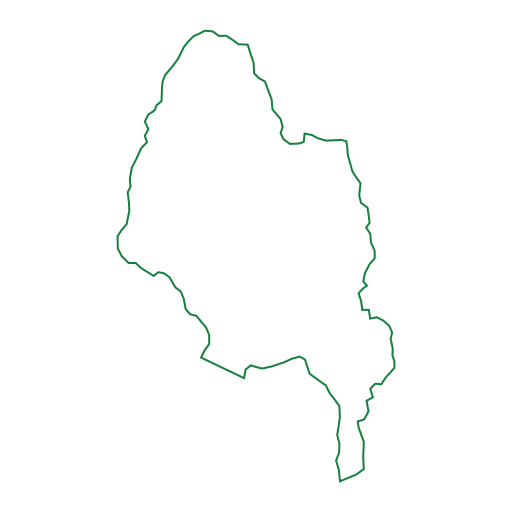 Ipeúna, São Paulo, Brazil (Natural Earth projection)
{"feature_id": "56859067B44866208226492", "entity_name": "Ipeúna", "entity_type": "district", "adm_level": 2, "iso_a3": "BRA", "parent_name": "Brazil", "parent_adm1": "São Paulo", "projection": "natural_earth1", "projection_center": [-47.707, -22.435], "detail": "fine", "context": "isolated", "style": "outline", "palette": "green", "viewbox_px": 512, "rotation_deg": 0, "n_neighbors": 0, "source": "geoboundaries", "source_scale": "gbopen_adm2", "svg_char_len": 2000}
<svg xmlns="http://www.w3.org/2000/svg" viewBox="0 0 512 512"><path d="M340.0,481.3L348.3,477.8L356.1,474.7L363.8,469.0L363.2,457.6L363.8,442.0L361.3,435.0L358.6,427.4L357.7,421.5L364.1,419.4L368.5,411.5L366.6,400.7L372.8,397.4L370.3,388.7L375.3,383.7L381.3,384.3L385.7,377.5L389.4,373.5L394.4,367.8L394.4,361.3L392.5,355.6L392.7,348.6L390.7,338.8L392.1,332.5L389.3,325.9L383.3,320.6L376.9,317.3L370.2,318.6L368.8,309.9L362.2,309.9L361.3,302.0L358.6,293.2L362.7,288.8L366.9,285.6L363.3,281.5L364.9,273.2L369.6,264.1L374.7,258.4L374.7,251.0L371.0,242.5L370.2,233.6L366.1,227.6L369.6,222.9L368.8,216.0L367.5,207.7L361.0,202.8L359.2,195.5L360.5,183.2L356.0,177.0L352.4,171.4L350.2,163.4L347.8,155.1L347.3,147.5L346.3,141.3L341.1,139.9L333.1,140.3L325.8,140.6L317.8,138.2L311.9,135.0L304.6,133.6L303.7,142.0L298.6,143.6L289.9,143.9L283.6,139.3L280.6,133.3L282.6,126.8L280.6,119.0L272.5,109.5L271.6,99.3L268.4,90.9L265.0,81.6L258.7,78.0L254.2,73.4L253.6,62.8L250.3,52.9L247.7,44.6L238.6,44.3L232.8,40.0L226.1,35.7L219.2,36.0L212.6,31.4L204.8,30.7L199.8,33.4L193.3,36.4L187.8,42.1L183.9,47.0L178.2,58.6L172.9,65.8L165.1,75.1L162.6,81.6L162.0,88.0L161.5,101.2L156.7,105.1L154.5,110.5L148.4,114.4L144.8,121.5L148.4,129.1L144.8,135.9L147.0,142.2L141.2,148.2L136.5,158.5L131.8,167.8L129.8,179.0L130.6,186.6L127.7,192.2L129.0,203.1L129.3,211.1L127.9,217.6L126.7,224.0L121.0,230.9L117.6,236.2L117.8,248.5L121.8,256.3L128.6,263.0L135.7,263.0L140.9,267.9L146.5,271.5L153.7,275.9L158.4,272.2L164.0,273.3L169.5,277.2L175.4,287.4L180.7,291.5L183.7,298.5L185.6,309.0L190.1,314.2L196.5,315.9L201.2,321.8L206.1,327.5L209.2,335.1L209.2,344.0L204.8,350.0L201.1,357.6L244.0,378.1L245.6,369.5L250.9,365.3L256.6,367.2L262.2,368.5L271.6,366.5L277.3,364.6L284.2,362.2L292.0,358.7L299.7,356.6L305.0,359.6L309.7,373.8L318.3,380.1L325.8,385.4L329.9,393.6L334.2,398.9L339.3,406.0L339.9,417.5L338.9,424.4L337.2,435.1L339.4,443.6L339.1,452.7L336.1,460.5L338.9,470.1L340.0,481.3Z" fill="none" stroke="#15803d" stroke-width="2"/></svg>